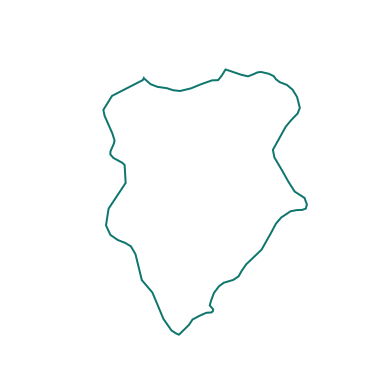 map outline of Novaci (Equal Earth projection), rotated 111°
{"feature_id": "MKD-2947", "entity_name": "Novaci", "entity_type": "Statistical Region", "adm_level": 1, "iso_a3": "MKD", "parent_name": "North Macedonia", "parent_adm1": "", "projection": "equal_earth", "projection_center": [21.636, 41.014], "detail": "fine", "context": "isolated", "style": "outline", "palette": "teal", "viewbox_px": 384, "rotation_deg": 111, "n_neighbors": 0, "source": "natural_earth", "source_scale": "10m", "svg_char_len": 1309}
<svg xmlns="http://www.w3.org/2000/svg" viewBox="0 0 384 384"><g transform="rotate(111 192 192)"><path d="M249.1,261.4L237.4,263.9L207.3,257.2L190.9,264.6L189.7,267.6L188.4,277.5L186.2,281.7L183.3,282.7L175.0,282.3L171.6,282.8L165.8,287.4L152.2,300.9L147.1,304.2L130.9,301.1L105.2,278.1L103.0,277.8L103.1,277.7L106.0,269.8L106.2,268.8L106.2,261.9L104.1,252.7L103.7,245.9L102.0,239.4L95.7,230.2L88.0,222.0L80.6,213.3L78.2,207.7L72.6,205.9L65.6,204.6L65.3,198.6L64.9,188.0L63.9,181.1L59.7,176.5L56.9,173.8L55.2,170.6L54.1,162.8L54.5,157.3L56.6,154.1L58.0,149.5L58.0,141.7L59.2,138.4L60.4,134.8L65.7,127.9L74.8,121.5L80.7,121.5L89.5,125.2L97.3,127.9L111.0,129.8L123.6,131.6L130.2,127.5L139.3,116.0L147.7,105.9L154.8,96.3L157.2,84.8L157.5,84.6L162.4,80.3L166.6,79.8L169.1,82.5L171.5,88.0L174.7,93.1L183.7,99.5L191.5,102.3L202.0,103.6L214.9,105.5L220.9,106.4L233.4,112.3L240.1,115.5L248.1,117.4L254.1,118.3L259.3,122.0L265.3,129.8L270.2,133.0L278.2,135.3L285.9,135.3L291.5,134.8L294.0,130.2L295.7,129.8L297.5,130.7L299.6,135.3L304.5,140.3L310.8,145.8L317.1,147.2L329.6,152.9L329.9,153.1L329.8,155.6L328.7,161.4L320.8,173.1L300.1,192.9L292.3,207.1L292.2,207.2L292.2,207.3L270.3,222.5L264.6,229.6L263.5,235.9L263.4,244.2L261.3,252.8L254.0,260.3L249.1,261.4Z" fill="none" stroke="#0f766e" stroke-width="2"/></g></svg>